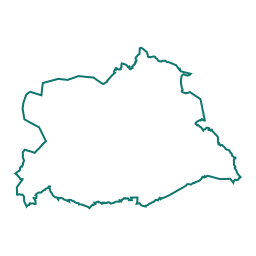 outline of Tuxpan, Michoacán, Mexico
{"feature_id": "50627088B72618963971649", "entity_name": "Tuxpan", "entity_type": "district", "adm_level": 2, "iso_a3": "MEX", "parent_name": "Mexico", "parent_adm1": "Michoacán", "projection": "albers", "projection_center": [-100.476, 19.578], "detail": "fine", "context": "isolated", "style": "outline", "palette": "teal", "viewbox_px": 256, "rotation_deg": 0, "n_neighbors": 0, "source": "geoboundaries", "source_scale": "gbopen_adm2", "svg_char_len": 5721}
<svg xmlns="http://www.w3.org/2000/svg" viewBox="0 0 256 256"><path d="M168.0,195.9L183.5,187.2L186.3,185.4L186.8,184.5L187.2,184.2L187.8,184.1L191.1,184.5L192.9,183.1L194.1,183.1L194.0,182.7L199.0,180.9L199.8,180.4L201.6,178.5L202.4,176.9L202.7,176.8L203.8,177.5L204.6,177.4L204.4,176.5L204.6,176.1L204.9,176.1L205.5,176.9L205.8,176.9L206.2,176.5L207.7,175.8L220.1,179.1L230.3,178.8L233.3,182.7L233.5,181.4L234.1,180.9L234.9,179.9L235.3,179.7L236.2,180.2L236.8,179.9L238.1,179.8L238.4,179.5L238.7,178.6L239.5,177.6L240.4,177.5L240.6,177.3L240.4,176.7L239.4,176.0L237.4,173.4L236.8,172.2L236.4,170.6L235.4,169.3L235.1,168.6L234.7,168.1L234.8,167.6L235.3,167.2L235.4,166.7L235.2,166.3L234.2,165.1L234.0,164.6L233.9,161.0L233.7,160.3L234.1,159.1L235.4,158.4L235.6,158.0L235.3,157.5L234.1,157.4L233.3,156.6L232.3,156.0L231.8,155.2L231.8,153.9L231.6,153.5L231.1,153.0L230.5,152.8L229.4,150.4L229.1,150.2L226.6,149.6L225.3,148.6L224.9,147.7L224.0,146.7L222.0,145.0L221.3,144.9L220.7,145.4L220.2,145.1L219.7,144.3L218.5,144.3L218.5,143.8L218.7,143.4L219.0,143.2L218.9,142.8L218.2,142.7L217.8,136.8L212.0,130.5L211.7,129.6L211.4,129.7L210.7,130.6L210.4,130.5L209.7,129.7L209.1,129.9L208.6,129.9L208.5,129.5L209.3,128.8L209.2,128.2L207.0,127.6L206.3,127.9L205.2,129.3L203.8,129.4L203.2,130.5L202.3,129.2L201.2,127.3L200.3,127.1L199.0,125.7L198.0,125.1L197.6,125.4L197.2,125.3L196.2,124.5L195.5,123.6L195.7,122.9L196.7,121.9L198.5,120.8L200.1,120.1L200.6,120.5L201.1,120.0L201.4,119.3L201.7,119.1L202.2,119.2L203.1,120.2L203.5,120.4L204.3,120.6L204.8,120.5L200.5,99.2L189.9,92.1L189.2,92.3L187.5,93.0L186.4,93.0L185.5,93.3L182.3,92.1L181.7,91.4L181.8,90.8L182.7,89.8L182.0,88.2L181.5,86.2L180.9,82.8L181.0,81.9L180.9,80.6L181.6,76.0L182.4,74.9L183.5,74.2L184.8,74.8L187.7,75.7L189.9,74.8L190.1,74.3L190.7,73.8L180.7,71.3L179.5,69.8L180.1,69.6L179.8,68.7L179.0,69.2L176.1,65.2L168.6,62.1L166.9,62.1L165.2,60.7L162.2,60.9L161.6,61.4L161.1,61.6L159.3,61.2L158.8,60.9L158.3,60.9L157.3,59.1L155.6,58.1L155.3,57.0L154.8,56.6L153.6,56.5L152.3,56.7L150.8,57.3L149.2,56.9L148.8,57.1L148.5,56.8L148.2,56.8L147.8,56.4L147.7,54.6L146.8,52.5L146.8,52.1L144.5,50.2L143.5,49.2L142.2,48.5L141.5,47.8L140.8,47.8L140.5,48.1L139.7,48.3L139.6,52.1L139.4,54.2L137.6,55.3L137.2,55.9L136.6,56.8L136.2,56.9L135.6,58.1L135.6,59.0L136.0,59.4L136.3,59.9L136.5,61.0L135.4,61.5L135.5,61.9L135.3,62.2L135.6,62.6L135.5,62.8L135.2,62.8L135.0,63.2L135.1,63.6L134.8,64.0L134.8,64.3L134.4,64.5L133.6,64.7L133.5,65.4L132.1,66.5L132.6,68.0L130.3,69.2L129.7,69.0L129.3,68.5L129.8,66.8L129.6,66.5L129.2,66.3L127.9,67.0L127.6,66.8L126.5,65.0L125.4,64.5L121.8,63.4L121.2,66.0L121.6,67.0L120.5,68.4L120.7,69.2L119.5,69.5L118.6,69.4L117.5,69.0L116.7,68.2L115.9,68.1L115.7,68.3L115.9,69.1L115.8,69.6L115.2,69.2L114.2,71.0L114.1,71.9L114.3,72.4L115.0,72.8L112.1,75.3L109.1,78.7L108.3,79.4L107.0,81.0L107.2,81.6L104.4,83.3L104.0,83.7L103.1,84.0L101.2,82.9L96.6,79.8L93.4,77.4L92.7,77.5L78.4,76.1L67.7,79.9L58.2,78.9L42.9,83.0L42.3,86.9L41.4,95.3L30.2,91.8L27.6,93.4L25.8,95.3L25.7,96.6L25.2,97.5L23.4,102.8L22.6,108.6L24.4,119.3L31.9,123.5L39.1,127.3L45.9,141.1L42.2,144.7L38.9,148.7L37.4,149.9L34.6,152.9L31.6,151.7L28.1,150.8L24.8,149.7L22.9,152.1L22.8,153.1L22.8,154.2L23.0,155.5L22.7,156.6L23.3,159.0L23.8,159.6L23.8,160.1L24.0,160.7L23.7,161.4L23.3,162.7L23.2,162.6L23.1,162.8L22.9,163.5L23.1,164.3L23.0,164.6L22.5,165.5L22.3,165.6L22.2,166.3L21.7,166.0L21.4,166.1L21.1,166.7L20.2,167.5L20.0,168.0L20.1,168.6L19.9,168.9L20.1,169.9L19.3,170.7L18.2,171.3L17.4,172.1L16.8,172.4L16.2,173.1L15.4,173.7L17.1,174.8L18.6,176.8L19.3,177.2L20.3,179.1L22.6,179.2L22.5,179.6L20.7,181.8L20.0,183.0L17.4,186.4L16.8,187.7L16.9,189.8L17.1,191.0L16.9,192.7L17.1,193.5L17.0,194.5L17.5,194.7L18.5,194.6L19.0,194.3L19.5,194.3L20.7,194.7L22.5,194.7L23.1,195.3L23.8,196.3L24.1,197.6L24.0,198.8L24.2,200.1L24.2,201.4L26.6,206.6L27.0,206.0L27.8,205.3L29.0,205.1L29.3,204.7L29.6,203.3L30.0,203.2L30.5,203.4L30.7,203.7L32.6,203.3L34.6,204.1L35.2,204.2L35.7,203.9L35.4,202.3L35.6,201.1L35.1,200.6L35.3,200.2L35.2,199.9L34.7,199.4L34.5,198.8L33.8,198.3L33.6,197.9L33.8,197.8L35.1,198.3L35.4,198.3L36.5,197.8L36.6,195.8L36.2,195.4L35.5,195.1L36.5,193.8L39.1,192.4L40.0,192.7L40.9,192.6L42.9,190.9L44.5,189.9L45.2,189.8L45.4,189.2L46.1,188.6L47.6,188.2L48.2,187.2L49.2,186.3L49.9,186.5L49.3,188.4L50.2,189.5L50.1,190.5L50.4,191.4L51.4,192.9L52.0,193.4L52.2,194.1L52.7,195.2L53.4,195.9L55.1,197.3L55.6,197.4L56.6,197.3L57.3,197.7L57.6,198.8L58.3,199.7L58.7,198.0L59.2,198.2L60.9,197.8L63.0,198.6L63.5,199.3L65.1,199.9L68.9,201.5L68.2,200.1L69.2,199.9L70.9,199.9L72.8,201.1L73.6,201.1L74.0,201.3L74.8,202.1L75.9,202.7L77.2,203.1L78.1,203.1L78.6,203.2L78.8,203.6L79.0,204.5L81.1,204.4L82.4,204.8L86.0,206.2L88.0,206.9L88.8,207.5L89.4,208.2L92.4,204.9L92.8,204.7L93.0,205.2L93.4,205.2L93.9,204.8L95.5,203.9L95.5,203.7L94.8,203.1L94.5,202.7L95.7,202.7L96.6,202.2L97.7,201.7L98.6,201.7L98.8,201.8L98.9,202.3L100.4,202.7L101.8,203.8L102.6,203.6L102.7,202.7L104.3,202.7L104.5,203.1L105.4,203.2L105.8,202.9L106.2,202.9L106.8,203.0L107.6,202.4L108.9,202.2L109.2,202.5L110.0,202.9L110.9,203.7L113.1,202.9L114.1,202.7L115.0,202.0L116.0,201.7L119.3,201.6L119.4,200.9L119.9,200.8L119.8,200.3L120.7,200.7L121.2,201.4L121.7,200.5L121.8,199.7L124.2,198.5L124.2,198.2L125.5,198.2L125.6,198.6L127.7,198.3L127.8,198.6L128.5,198.9L128.5,199.1L128.8,199.3L128.8,200.2L131.8,200.2L131.0,197.6L137.4,197.5L137.4,200.0L137.2,201.8L136.6,203.7L139.7,203.3L141.4,205.3L143.2,206.0L145.7,206.5L145.7,205.7L146.8,205.5L148.5,204.6L149.0,203.9L150.7,203.4L152.1,202.4L153.7,201.8L155.5,199.9L157.8,200.1L158.0,200.3L159.5,198.0L160.5,199.1L161.1,198.1L161.6,198.6L168.0,195.9Z" fill="none" stroke="#0f766e" stroke-width="2"/></svg>